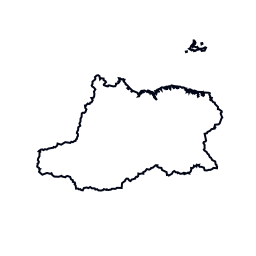 outline of Ambilobe, Diana, Madagascar, rotated 73°
{"feature_id": "10022922B52521872200932", "entity_name": "Ambilobe", "entity_type": "district", "adm_level": 2, "iso_a3": "MDG", "parent_name": "Madagascar", "parent_adm1": "Diana", "projection": "mercator", "projection_center": [49.084, -13.513], "detail": "fine", "context": "isolated", "style": "outline", "palette": "ink", "viewbox_px": 256, "rotation_deg": 73, "n_neighbors": 0, "source": "geoboundaries", "source_scale": "gbopen_adm2", "svg_char_len": 5747}
<svg xmlns="http://www.w3.org/2000/svg" viewBox="0 0 256 256"><g transform="rotate(73 128 128)"><path d="M141.8,224.9L143.0,225.1L143.9,225.9L147.6,223.6L147.3,218.6L149.1,215.8L148.9,214.4L150.8,214.2L152.9,212.7L154.4,208.5L154.3,205.5L155.1,205.3L156.8,202.3L156.2,201.3L156.1,200.1L157.9,197.6L160.4,197.5L161.9,196.0L163.4,196.5L164.6,194.8L165.6,194.8L166.2,195.5L167.7,194.9L170.8,195.4L171.3,193.5L172.4,192.8L172.5,191.5L173.7,190.9L174.4,189.5L172.5,187.7L172.8,184.9L173.9,183.5L173.4,181.4L175.1,180.2L176.0,177.5L177.3,177.2L177.5,175.4L179.0,174.5L179.9,172.1L180.1,170.2L179.4,169.0L180.9,166.7L180.5,166.1L181.5,165.2L181.9,162.3L181.4,161.3L182.5,157.6L182.0,156.0L183.5,151.6L179.0,149.8L177.7,146.2L177.0,145.9L176.0,144.3L176.4,142.9L178.8,142.0L179.5,141.1L178.4,139.7L178.5,135.9L177.7,135.6L177.0,134.3L177.5,133.3L176.9,132.3L174.6,131.4L175.4,130.1L175.5,128.1L176.2,126.7L174.7,126.3L174.4,124.2L172.8,122.1L174.0,119.9L173.8,118.5L173.0,117.6L173.2,115.9L171.7,112.4L172.2,110.8L173.3,111.4L174.9,110.1L175.9,107.7L178.1,107.7L181.5,104.0L184.3,104.5L184.4,103.6L185.4,102.9L184.6,99.4L183.1,97.9L182.7,96.3L184.3,95.3L184.9,93.6L185.6,93.6L185.5,92.8L187.1,91.4L187.5,89.1L187.1,88.0L187.3,87.5L187.8,88.2L188.6,87.7L188.4,84.2L189.2,83.0L188.4,83.1L188.6,82.0L187.9,80.7L186.5,79.8L184.7,79.3L185.3,78.0L184.6,76.7L183.4,76.0L184.3,75.3L183.8,73.9L184.6,73.6L183.4,72.8L183.9,72.4L184.0,70.9L184.6,71.4L186.1,70.8L186.5,69.3L188.1,67.0L190.8,67.1L191.7,64.9L191.6,63.0L192.1,61.7L191.8,59.1L191.1,58.1L192.5,54.7L191.0,54.1L190.0,54.4L189.3,54.1L188.4,54.8L185.5,54.4L183.2,56.9L180.8,57.3L179.8,58.3L176.8,58.6L176.1,59.4L174.0,59.8L171.7,61.6L170.8,61.8L170.2,60.8L166.4,59.7L164.4,60.3L163.6,59.6L163.5,57.8L162.9,57.0L155.9,56.4L156.1,54.0L155.0,53.1L154.7,50.4L153.5,48.5L153.9,45.6L153.1,45.5L153.3,44.5L152.9,44.2L151.9,44.8L150.3,43.8L151.0,40.4L150.4,39.0L145.9,35.6L145.6,34.8L141.5,35.2L140.7,34.8L140.5,33.9L139.4,33.5L136.4,35.8L136.2,36.5L134.1,35.8L130.7,37.7L129.1,37.6L128.2,39.0L126.1,39.7L125.5,41.0L124.9,41.0L124.9,40.5L123.5,39.9L124.1,39.3L123.7,39.0L122.7,40.6L121.6,40.1L119.9,40.5L118.7,39.6L117.9,40.5L116.4,44.6L117.5,45.5L118.9,45.8L119.3,46.6L118.8,47.1L118.7,46.2L117.3,46.6L115.5,46.0L115.7,47.2L117.0,47.5L117.3,48.4L116.7,47.7L115.1,47.1L114.1,49.9L114.9,51.1L116.5,50.7L117.6,51.6L118.3,51.3L118.5,51.9L117.1,51.8L116.4,51.0L114.7,51.4L114.2,53.3L115.0,55.0L113.8,53.6L114.2,52.1L113.8,51.0L113.2,51.5L111.6,53.5L112.4,55.2L113.7,56.1L113.2,56.4L112.4,55.8L111.9,56.8L113.4,57.0L111.6,57.0L111.7,55.5L111.3,55.0L109.8,56.8L109.9,57.6L111.6,59.0L110.3,58.8L111.2,59.7L111.4,60.8L109.2,58.1L109.0,59.4L110.1,59.7L110.6,61.2L108.7,60.2L108.5,61.1L109.2,62.4L107.3,61.0L107.0,62.3L106.4,62.9L107.0,62.0L106.7,61.7L105.5,62.9L105.1,64.0L105.4,64.5L103.9,65.8L103.3,67.2L103.5,67.8L105.3,68.5L104.6,68.5L104.2,69.1L105.0,69.8L103.9,69.4L103.9,68.4L102.7,68.5L102.3,69.6L102.9,69.9L101.7,70.8L101.3,72.1L101.8,72.7L102.2,71.9L103.0,71.6L103.2,72.5L101.8,73.1L100.8,72.6L100.0,73.9L100.4,75.0L103.2,76.2L102.3,76.8L101.7,76.2L100.5,76.1L100.0,76.5L100.8,78.8L103.0,79.5L100.9,79.4L99.8,78.8L99.6,79.4L100.3,81.0L101.2,81.3L100.8,81.7L99.8,81.1L99.5,83.1L99.0,83.6L99.3,85.0L101.2,85.1L99.8,85.9L99.8,87.8L100.7,88.5L102.1,87.7L102.9,88.2L102.1,88.1L100.2,89.4L101.0,90.8L100.8,91.2L101.7,91.2L102.6,90.3L103.7,91.0L103.3,91.2L102.3,90.7L103.6,93.6L105.8,93.0L106.3,93.7L108.1,92.5L109.6,92.3L106.3,94.1L104.5,93.6L104.9,94.9L104.5,94.4L103.4,94.4L101.6,93.5L100.9,94.0L101.6,95.4L100.3,95.1L99.6,96.0L100.5,96.7L98.8,96.8L98.4,97.3L99.3,97.9L98.3,98.3L99.2,99.3L99.3,100.0L98.7,99.2L96.8,101.6L97.2,103.2L98.3,102.7L98.3,103.6L96.6,103.5L96.4,104.4L97.7,106.2L98.5,106.6L98.5,105.2L99.2,104.4L98.7,105.3L99.0,106.5L100.9,108.1L100.8,108.9L99.9,107.6L98.7,108.5L97.2,108.5L94.1,112.2L94.3,114.8L93.8,113.6L92.9,113.2L90.7,114.5L90.6,115.6L91.4,116.9L90.4,116.2L89.7,116.8L89.2,115.2L86.9,116.2L85.6,117.5L84.8,117.2L82.2,118.5L80.8,117.3L80.3,118.4L80.9,119.4L79.8,118.7L79.5,120.2L78.3,120.9L77.7,122.2L80.6,122.1L80.7,123.5L81.6,123.1L82.3,124.1L82.1,126.5L83.0,126.6L84.3,128.0L83.9,129.9L81.6,133.8L81.6,134.5L82.3,134.9L82.1,135.7L80.0,138.5L79.3,138.4L77.7,135.6L76.6,135.9L75.1,137.3L73.6,136.9L72.5,139.3L73.2,140.5L70.1,140.1L68.8,141.1L68.7,142.7L69.7,144.8L71.4,144.8L72.0,145.4L73.3,148.4L75.4,149.0L76.7,150.3L77.8,150.1L79.3,148.8L81.5,147.9L83.4,150.0L85.4,150.1L87.8,151.1L89.0,152.2L88.6,154.2L91.1,153.6L92.8,155.4L92.7,156.6L93.7,157.5L93.4,159.1L92.9,159.3L93.8,161.3L94.5,161.8L94.1,162.6L96.3,163.0L98.0,162.3L100.2,164.0L100.8,165.5L100.2,166.5L100.5,167.9L103.9,169.2L105.1,170.6L108.0,171.6L109.4,173.1L111.9,173.0L112.8,175.4L115.4,176.3L116.8,177.8L117.9,178.4L119.0,177.7L121.0,178.2L121.6,179.1L123.6,180.2L123.7,181.1L125.0,182.0L124.8,183.0L125.4,184.9L124.6,186.3L125.4,187.5L123.2,192.2L124.4,196.7L122.3,199.9L124.1,200.9L125.2,203.3L124.4,204.6L125.0,205.2L124.4,210.1L124.9,211.9L124.0,213.7L124.4,215.4L123.5,216.1L123.2,217.4L123.9,219.8L124.1,220.1L124.7,218.9L125.2,218.9L125.6,219.8L129.1,220.9L131.0,222.9L132.4,223.6L134.2,223.1L135.3,223.8L135.6,224.9L136.3,224.9L138.1,226.1L138.8,226.0L140.0,224.8L141.1,224.8L141.5,224.2L141.8,224.9ZM75.8,35.0L76.4,32.1L74.0,29.9L73.4,30.6L73.9,33.2L73.2,36.4L71.8,37.8L70.7,38.0L70.9,38.8L69.6,40.7L69.4,42.4L68.7,42.4L68.0,41.7L67.3,39.3L66.1,38.5L65.0,38.6L63.6,39.2L63.5,39.6L65.3,40.1L66.6,41.2L67.9,43.6L69.7,45.0L70.1,46.4L72.5,44.3L72.4,43.8L71.6,44.1L71.7,43.5L73.0,42.1L73.8,42.3L74.0,40.8L73.2,39.8L73.7,38.0L73.3,37.2L74.4,35.1L75.8,35.0ZM69.5,33.2L69.3,32.2L68.5,32.2L68.4,33.1L69.5,33.2ZM72.4,50.3L72.4,49.4L71.9,49.3L71.8,50.3L72.4,50.3Z" fill="none" stroke="#020617" stroke-width="2"/></g></svg>